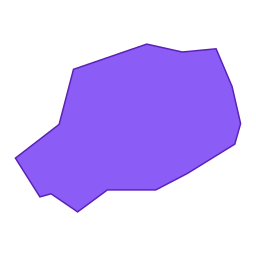 the Urban county of Gyôr
{"feature_id": "HUN-4905", "entity_name": "Gyôr", "entity_type": "Urban county", "adm_level": 1, "iso_a3": "HUN", "parent_name": "Hungary", "parent_adm1": "", "projection": "orthographic", "projection_center": [17.664, 47.662], "detail": "fine", "context": "isolated", "style": "filled", "palette": "violet", "viewbox_px": 256, "rotation_deg": 0, "n_neighbors": 0, "source": "natural_earth", "source_scale": "10m", "svg_char_len": 312}
<svg xmlns="http://www.w3.org/2000/svg" viewBox="0 0 256 256"><path d="M146.7,44.1L182.2,52.0L216.1,48.8L232.1,86.6L240.6,123.6L234.8,144.1L187.6,173.3L155.8,189.9L107.4,189.9L77.6,211.9L51.1,193.8L39.9,196.9L15.4,158.1L59.1,124.4L73.5,69.3L146.7,44.1Z" fill="#8b5cf6" stroke="#5b21b6" stroke-width="1.5"/></svg>